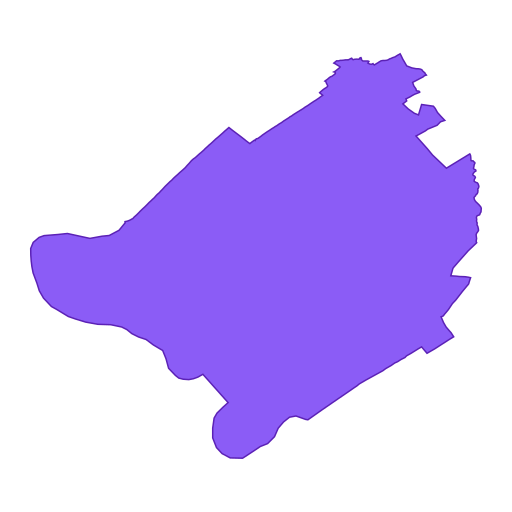 outline of Cotofenii Din Fata, Dolj, Romania
{"feature_id": "2599482B64594888050734", "entity_name": "Cotofenii Din Fata", "entity_type": "district", "adm_level": 2, "iso_a3": "ROU", "parent_name": "Romania", "parent_adm1": "Dolj", "projection": "robinson", "projection_center": [23.665, 44.452], "detail": "fine", "context": "isolated", "style": "filled", "palette": "violet", "viewbox_px": 512, "rotation_deg": 0, "n_neighbors": 0, "source": "geoboundaries", "source_scale": "gbopen_adm2", "svg_char_len": 5932}
<svg xmlns="http://www.w3.org/2000/svg" viewBox="0 0 512 512"><path d="M307.9,419.8L321.5,410.2L337.9,398.9L344.2,394.6L353.6,388.1L356.9,385.9L359.3,383.9L365.6,380.2L382.9,370.7L385.7,368.6L391.3,365.4L394.7,363.0L397.6,361.7L401.0,359.5L405.0,357.5L405.6,356.8L406.6,355.8L410.9,353.4L418.6,348.6L421.6,346.9L427.0,353.3L434.8,348.8L448.6,339.9L453.7,336.8L452.8,335.4L451.0,332.6L449.8,331.3L446.1,327.0L443.5,322.5L441.1,316.8L443.3,315.9L444.6,314.1L446.5,311.9L448.4,309.6L452.4,303.6L455.8,300.0L462.3,291.6L466.5,286.5L467.9,284.9L468.7,283.8L469.1,282.3L469.6,280.7L470.6,277.7L468.4,277.2L465.0,276.7L459.3,276.5L456.8,276.2L455.7,276.1L454.0,276.0L450.8,275.8L452.2,270.9L452.9,268.4L453.6,267.4L458.1,262.2L468.2,250.8L476.1,243.3L476.7,242.7L476.2,241.7L476.3,240.1L476.6,238.7L476.5,237.8L476.3,236.3L476.1,234.7L476.6,233.3L477.9,231.5L478.5,230.5L478.4,229.0L478.1,227.6L477.8,226.4L477.1,225.0L477.0,224.2L477.2,222.9L476.8,222.3L476.5,220.9L476.7,219.7L476.7,219.1L476.4,217.7L476.6,216.7L477.0,215.9L478.0,215.4L478.9,215.1L479.6,214.8L479.9,214.2L480.2,213.2L481.0,211.9L481.1,210.3L481.2,209.3L481.3,208.7L481.2,208.1L481.0,207.5L480.8,207.0L480.2,206.2L479.1,204.9L477.9,203.7L477.3,203.1L476.1,202.0L475.1,200.8L474.3,199.3L474.1,198.1L474.0,197.4L475.6,195.7L476.2,194.4L476.7,194.2L477.3,193.6L477.4,193.1L477.7,192.6L477.9,191.7L477.8,190.9L478.0,190.3L477.8,189.7L477.8,189.3L477.8,188.8L478.2,188.5L478.6,187.7L478.9,186.5L478.7,185.5L478.4,185.0L478.4,184.5L478.0,183.7L477.7,183.3L477.3,182.8L476.2,182.5L474.6,181.6L474.2,181.3L474.2,180.1L474.4,179.3L474.8,178.6L475.4,177.5L475.3,177.2L475.0,176.6L474.7,176.2L474.0,175.8L473.1,175.2L472.8,174.4L473.0,173.9L473.4,173.2L473.8,172.8L474.1,172.3L474.7,171.7L475.8,171.2L475.9,170.6L475.8,170.1L475.6,169.9L475.1,169.6L474.5,169.4L473.8,168.9L473.6,168.6L473.5,168.3L473.5,168.0L473.7,167.5L473.9,166.7L474.0,166.1L474.1,165.1L474.4,164.2L474.8,163.6L474.9,163.1L474.8,162.5L474.4,162.1L473.9,161.8L473.5,161.5L473.3,161.0L472.8,160.8L471.3,160.8L471.1,160.4L470.9,159.7L470.8,157.8L470.6,155.7L470.2,154.6L469.8,153.9L446.4,168.2L432.5,155.0L427.4,148.8L416.0,136.0L418.3,134.8L425.4,130.9L427.8,129.1L437.1,125.3L440.5,121.8L444.8,120.4L440.8,116.2L437.5,112.5L435.2,108.4L433.4,106.2L432.1,106.0L421.6,104.5L418.5,114.9L414.4,113.3L408.3,109.0L402.9,103.9L406.7,100.9L405.9,98.9L410.4,96.7L411.6,95.9L414.5,94.3L419.7,92.3L419.7,91.9L418.9,91.1L417.4,91.0L416.4,90.6L415.9,88.8L413.9,86.0L412.6,82.4L423.1,76.9L424.7,75.5L425.5,75.4L426.4,75.1L426.1,74.7L425.4,74.0L424.9,72.9L422.8,71.1L421.9,69.8L420.7,69.2L418.7,68.8L416.1,68.7L411.9,67.9L406.7,65.9L404.3,61.7L402.8,59.2L401.0,55.4L400.1,53.8L399.2,54.4L398.3,54.8L396.0,56.2L395.2,56.8L392.2,57.8L391.4,58.3L391.1,58.4L390.6,58.6L390.2,58.6L387.7,60.0L386.5,60.3L385.7,60.4L384.7,60.5L382.9,60.5L381.7,60.7L380.8,60.9L380.1,61.4L379.0,62.0L377.9,62.8L376.8,63.4L374.4,64.9L373.5,64.4L373.0,63.6L371.4,64.3L369.6,64.0L367.9,63.1L368.9,61.4L367.9,61.0L362.9,61.0L361.1,59.4L361.4,58.3L360.9,57.6L359.7,58.1L359.0,59.3L356.7,59.1L354.4,59.3L353.1,59.7L352.3,59.2L351.9,58.4L351.5,58.2L348.4,59.8L345.3,59.9L343.4,60.2L341.1,60.4L340.9,60.3L339.7,60.5L338.5,60.9L336.6,60.8L336.2,61.1L335.9,61.4L333.8,63.1L334.1,63.3L335.1,63.7L337.8,65.4L339.5,66.4L339.9,66.7L340.0,66.9L340.1,67.0L339.7,67.5L339.3,67.9L335.4,71.1L334.9,71.4L333.9,71.9L334.2,72.0L334.9,72.1L335.1,72.3L335.4,73.0L335.4,73.4L335.3,73.7L334.9,73.9L334.5,74.4L331.9,76.3L330.5,76.8L329.2,77.7L327.4,79.3L325.4,80.7L324.9,81.1L325.3,81.3L325.7,81.4L325.8,81.6L325.9,81.8L326.3,83.0L326.6,83.5L327.5,85.3L327.6,85.5L327.7,86.0L327.5,86.4L327.2,86.8L326.6,87.3L325.3,88.2L325.0,88.3L324.7,88.5L324.1,88.9L322.9,89.8L320.2,92.1L319.6,92.7L320.1,93.2L322.3,94.9L322.7,95.3L319.9,97.3L318.6,98.3L316.2,99.9L315.5,100.4L314.1,101.2L312.9,102.0L310.2,103.8L308.1,105.3L304.8,107.3L303.1,108.6L297.2,112.2L293.1,114.8L291.0,116.4L290.5,116.4L290.2,116.6L289.0,117.6L287.9,118.3L287.1,118.8L284.3,120.6L284.2,120.6L281.5,122.6L279.1,124.0L276.6,125.8L275.4,126.4L273.7,127.6L272.3,128.4L268.9,130.7L267.4,131.6L262.2,135.2L261.7,135.7L258.1,138.3L257.7,138.5L256.4,138.8L256.1,139.0L255.7,139.5L255.5,139.8L255.2,140.5L254.5,140.1L251.7,142.1L250.6,143.0L250.4,143.1L249.9,143.6L248.2,142.4L245.7,140.5L244.8,139.7L243.1,138.4L241.2,136.9L235.9,132.9L233.1,130.8L228.9,127.5L227.3,128.9L225.7,130.3L225.4,130.5L222.5,133.2L218.3,136.9L216.6,138.3L215.5,139.2L214.6,140.1L213.4,141.2L212.8,141.8L210.6,143.8L208.9,145.2L207.9,146.2L206.1,147.8L204.8,149.0L204.2,149.7L201.9,151.8L201.6,152.0L201.2,152.4L201.0,152.6L199.7,153.6L195.3,157.6L193.3,159.0L191.4,160.7L189.1,163.4L187.2,165.4L186.7,166.0L186.3,166.4L185.6,167.3L185.1,167.8L182.7,170.0L179.7,172.6L177.8,174.4L175.4,176.5L173.9,177.9L173.1,178.7L171.7,180.2L170.5,181.2L170.1,181.5L168.8,182.8L165.1,186.4L163.2,188.5L162.0,189.8L160.3,191.5L159.5,192.5L157.5,194.2L156.3,195.4L155.0,196.9L153.8,198.2L152.6,199.2L151.3,200.5L149.1,202.5L147.0,204.7L144.9,206.8L142.7,208.8L139.6,211.8L139.4,212.1L136.5,215.0L134.9,216.4L134.2,217.0L132.7,218.7L131.6,219.1L130.8,219.7L128.8,220.6L127.1,221.2L125.0,221.6L125.1,222.9L119.0,230.3L109.2,235.5L102.0,236.2L89.9,238.4L67.4,233.5L57.9,234.5L44.1,235.6L39.1,237.4L33.2,242.4L30.7,248.5L30.8,255.1L31.2,260.9L31.9,266.6L33.1,272.9L36.9,283.1L39.3,290.8L43.5,298.1L51.4,306.5L56.8,309.5L68.3,316.5L75.5,319.0L85.7,322.1L97.9,324.3L110.7,324.7L121.7,327.0L126.9,329.6L131.8,333.6L138.6,337.0L146.1,339.5L153.3,344.9L162.7,350.5L166.0,358.7L168.6,368.3L175.4,375.4L178.8,378.1L183.1,379.2L188.8,379.6L193.5,378.7L197.9,377.1L202.9,374.3L228.1,402.6L223.2,407.0L217.0,413.1L214.1,418.1L212.7,428.1L212.7,437.9L216.5,447.6L222.1,453.6L230.2,457.9L242.6,458.2L253.8,450.9L260.3,446.5L267.6,443.6L274.5,436.7L278.2,428.2L283.5,422.0L289.5,417.2L296.0,416.0L305.6,419.4L307.9,419.8Z" fill="#8b5cf6" stroke="#5b21b6" stroke-width="1.5"/></svg>